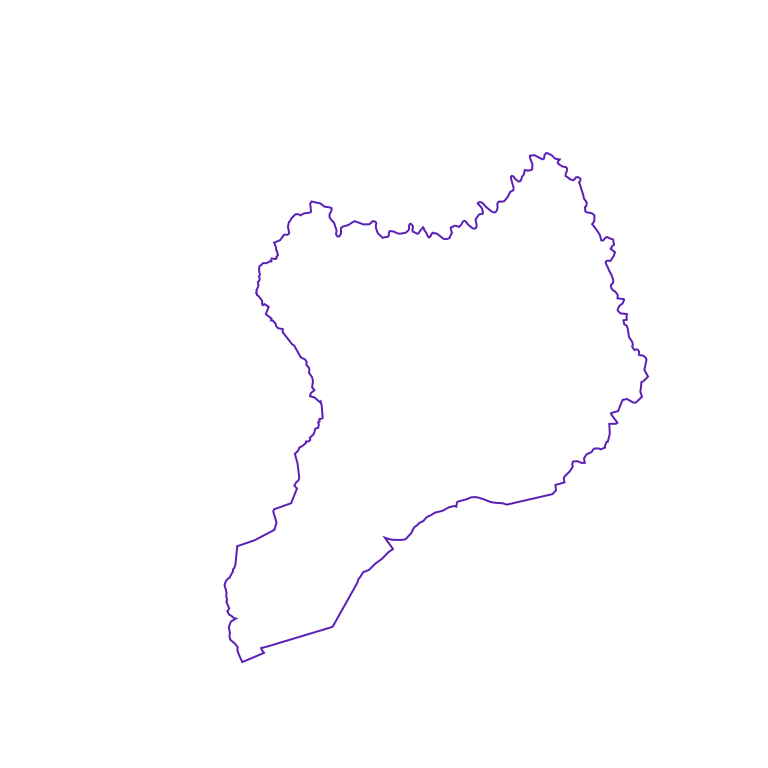 Otzoloapan, México, Mexico, rotated 143°
{"feature_id": "50627088B59132907340697", "entity_name": "Otzoloapan", "entity_type": "district", "adm_level": 2, "iso_a3": "MEX", "parent_name": "Mexico", "parent_adm1": "México", "projection": "natural_earth1", "projection_center": [-100.312, 19.099], "detail": "fine", "context": "isolated", "style": "outline", "palette": "violet", "viewbox_px": 768, "rotation_deg": 143, "n_neighbors": 0, "source": "geoboundaries", "source_scale": "gbopen_adm2", "svg_char_len": 6166}
<svg xmlns="http://www.w3.org/2000/svg" viewBox="0 0 768 768"><g transform="rotate(143 384 384)"><path d="M641.6,241.5L641.7,244.8L641.1,247.0L634.5,244.3L571.2,221.0L524.9,241.3L522.1,243.4L518.3,244.5L513.8,246.3L508.1,244.5L498.9,245.8L491.0,245.6L481.9,247.0L476.1,246.8L475.8,260.7L473.2,257.0L470.9,254.4L464.8,249.6L461.2,247.4L459.8,247.1L451.6,248.6L448.7,250.3L445.8,251.4L442.6,251.2L439.6,251.8L434.9,250.9L430.6,251.9L428.3,251.7L425.0,250.9L420.7,250.6L413.5,247.5L406.1,246.4L401.2,244.2L400.1,242.5L397.0,245.5L396.0,245.7L387.0,242.1L382.7,241.1L379.3,238.9L377.0,236.5L373.8,232.0L369.8,225.4L366.2,221.8L361.2,217.5L358.4,213.7L315.8,194.7L310.6,195.6L307.8,200.2L299.1,196.8L297.1,200.7L294.3,201.7L288.2,202.4L283.0,204.4L281.9,206.8L279.7,208.3L275.9,205.9L273.9,202.3L271.1,200.2L269.0,204.3L264.6,205.9L259.1,204.8L256.5,205.8L254.5,205.7L251.3,203.3L250.1,201.3L245.7,200.2L245.1,201.4L241.1,203.8L240.0,203.2L233.6,208.4L228.1,216.6L222.6,212.6L220.9,212.6L220.8,222.9L220.2,224.1L213.4,221.5L203.1,227.7L199.0,225.8L196.2,219.4L195.3,218.4L193.5,217.6L185.6,218.6L183.9,223.6L180.4,227.1L177.3,230.6L175.1,230.1L168.7,231.0L167.5,238.7L159.7,245.4L159.2,247.3L159.7,250.1L161.1,252.1L162.5,253.0L162.7,254.3L160.9,256.1L160.6,258.0L161.1,259.2L162.7,260.5L163.5,260.4L163.6,262.3L163.2,264.6L161.6,265.6L160.5,268.0L160.1,274.0L156.0,281.6L155.1,284.4L156.2,287.2L154.4,290.8L151.4,289.2L150.2,291.4L147.9,293.5L152.7,298.3L153.0,300.2L153.0,301.9L152.7,302.7L151.3,303.7L148.0,304.9L145.1,304.7L141.7,306.5L141.5,307.6L146.0,311.9L144.3,313.8L143.6,315.5L143.8,319.1L144.8,321.1L144.7,323.7L143.5,326.2L142.3,326.7L140.4,326.8L138.3,329.0L136.6,334.5L135.9,339.5L135.2,341.7L134.3,346.9L133.1,348.2L131.7,348.2L128.9,346.0L123.3,348.1L120.2,350.2L121.6,355.6L118.3,356.9L116.4,356.8L114.2,361.3L114.2,361.8L116.0,364.3L117.3,367.1L119.5,367.5L122.4,366.7L124.0,367.9L121.8,373.5L121.4,381.1L121.6,386.4L118.2,387.4L114.4,392.0L115.3,395.4L118.9,399.2L119.2,400.9L117.1,404.3L115.5,404.3L113.5,406.2L112.8,407.3L112.7,411.7L110.9,415.8L107.4,425.5L107.1,427.5L104.9,428.2L103.5,429.9L104.7,432.7L106.7,433.6L107.4,433.1L109.7,432.7L110.7,433.3L112.5,436.2L112.4,437.0L113.8,440.9L111.9,443.0L110.3,443.6L108.2,445.8L108.1,447.7L110.2,449.8L111.6,452.8L112.3,455.7L112.0,456.3L110.6,457.2L109.0,457.3L108.5,457.6L111.4,460.4L112.1,463.0L112.3,465.3L113.1,467.4L115.1,470.8L117.7,470.4L120.7,467.7L122.3,468.1L126.1,476.2L130.1,478.5L131.4,476.6L133.2,470.1L136.3,466.5L137.4,466.2L140.9,467.9L142.7,470.2L146.4,467.1L149.3,466.4L150.8,465.1L152.7,464.0L154.6,464.6L155.9,469.2L155.7,470.6L155.9,472.3L156.8,473.4L157.8,473.0L158.8,471.9L162.5,462.5L164.1,460.9L167.6,461.5L172.2,459.1L177.9,457.6L179.8,458.5L182.6,460.6L184.7,460.1L187.3,456.3L189.7,454.6L190.7,454.3L191.9,454.2L192.6,454.7L193.4,455.4L194.3,457.4L196.0,464.0L196.3,469.1L197.1,470.7L198.2,471.7L199.9,472.1L200.6,471.6L200.0,467.2L200.2,465.0L201.8,461.2L202.7,460.6L205.9,462.2L211.8,460.3L214.6,454.8L215.7,453.7L217.4,453.2L218.8,454.0L219.8,455.8L220.9,460.6L221.0,464.9L221.4,465.7L222.4,466.2L223.7,466.0L226.9,464.6L229.5,464.3L231.5,467.2L232.3,467.8L233.6,468.2L234.6,468.1L236.3,468.8L236.9,468.5L238.9,463.7L241.9,462.4L243.5,461.2L245.9,461.6L248.6,463.5L249.2,464.5L251.0,471.5L251.9,473.1L253.4,474.3L253.5,475.1L254.0,475.4L254.8,475.4L257.2,474.6L257.4,474.2L259.3,473.8L260.0,474.0L260.1,475.7L259.2,479.7L259.3,482.2L258.5,484.4L258.5,485.7L265.0,484.0L265.6,483.5L266.9,483.8L269.3,488.5L268.6,490.0L266.2,492.1L265.9,493.6L266.2,495.9L267.0,496.2L268.6,495.5L270.2,493.3L271.6,492.1L275.5,491.7L280.8,494.4L282.8,496.4L283.8,498.7L285.2,500.7L287.3,502.6L288.7,502.1L291.0,499.6L292.6,499.3L294.6,500.6L297.1,501.6L298.2,508.2L296.5,513.6L294.4,516.2L293.4,517.0L293.1,518.3L293.9,519.9L295.3,520.9L298.4,520.3L300.2,520.8L304.3,523.8L309.4,531.6L311.6,532.1L316.7,532.4L321.8,534.4L323.9,534.5L324.6,534.4L326.8,531.3L328.2,529.9L330.2,529.0L331.6,529.0L332.5,530.6L332.1,532.6L329.5,535.1L326.9,542.6L327.4,547.4L327.1,550.0L325.2,552.5L322.6,553.5L320.5,555.1L320.1,556.2L321.6,558.3L324.7,561.3L326.2,566.5L331.9,573.3L334.3,572.6L338.5,565.6L339.3,565.3L340.3,565.6L344.6,568.1L347.5,568.8L349.2,568.8L350.4,571.4L352.4,572.7L353.6,572.7L358.1,572.1L360.6,570.8L362.5,570.5L366.0,567.5L368.9,561.6L370.0,561.2L371.4,561.4L373.8,563.3L374.7,563.2L380.4,561.4L386.7,563.0L386.9,561.6L388.3,557.6L389.4,556.2L389.6,554.3L391.3,550.5L393.5,550.3L394.0,549.2L395.3,549.0L398.2,551.8L399.9,550.7L399.9,549.9L400.7,549.8L401.8,550.8L404.5,551.1L405.6,551.5L407.8,553.3L409.4,553.2L409.9,552.8L412.0,553.1L413.1,552.6L414.8,550.7L416.1,548.7L417.1,546.1L419.4,544.9L419.8,542.9L421.4,541.6L423.4,541.3L424.0,539.8L425.7,537.6L429.5,535.6L429.6,535.0L430.2,534.3L431.4,533.7L431.1,533.0L431.9,531.3L431.3,530.0L431.2,524.0L433.5,520.7L433.0,519.6L431.4,519.8L429.6,515.1L436.3,510.9L434.5,504.0L436.0,502.8L434.6,501.5L434.3,497.4L435.3,495.1L435.1,492.4L431.8,488.7L433.7,486.3L433.5,471.1L432.6,468.7L434.4,455.3L432.3,451.2L432.4,448.3L434.5,446.2L434.2,442.2L434.9,440.4L437.1,438.3L437.4,432.5L439.0,429.0L443.4,424.7L443.3,421.0L448.0,420.7L450.4,418.7L447.6,415.0L446.1,408.0L445.1,408.2L446.6,404.5L453.3,393.9L454.2,393.7L456.9,394.9L458.0,392.9L459.7,393.1L460.3,391.0L463.0,388.6L465.3,389.6L466.2,389.4L469.9,386.4L475.8,385.6L476.4,383.8L478.7,383.4L480.8,385.1L481.4,384.8L481.8,383.8L487.0,383.6L489.7,384.2L493.0,382.3L497.2,381.9L500.8,372.7L508.1,360.1L509.8,358.7L513.6,358.2L516.8,356.8L516.4,352.9L529.9,344.7L547.2,350.1L549.2,348.8L553.2,338.1L559.3,333.5L581.0,337.0L598.8,342.8L611.1,329.4L614.1,327.2L616.3,326.8L617.4,325.2L622.2,323.2L623.6,322.2L625.8,322.4L628.6,321.9L631.9,319.8L633.1,318.0L633.8,315.5L635.0,312.9L635.8,311.5L637.8,309.5L638.7,307.0L639.4,306.0L640.1,305.2L641.0,304.9L642.7,297.9L645.9,296.8L645.8,295.9L646.4,294.3L646.5,293.2L645.3,290.2L644.7,287.2L643.5,285.8L649.1,286.4L653.4,283.9L654.7,282.4L656.9,277.9L658.8,276.1L660.6,272.5L660.5,271.2L659.3,266.5L659.3,262.0L659.6,261.3L661.2,259.9L661.6,258.9L663.0,254.3L664.5,247.2L641.6,241.5Z" fill="none" stroke="#5b21b6" stroke-width="2"/></g></svg>